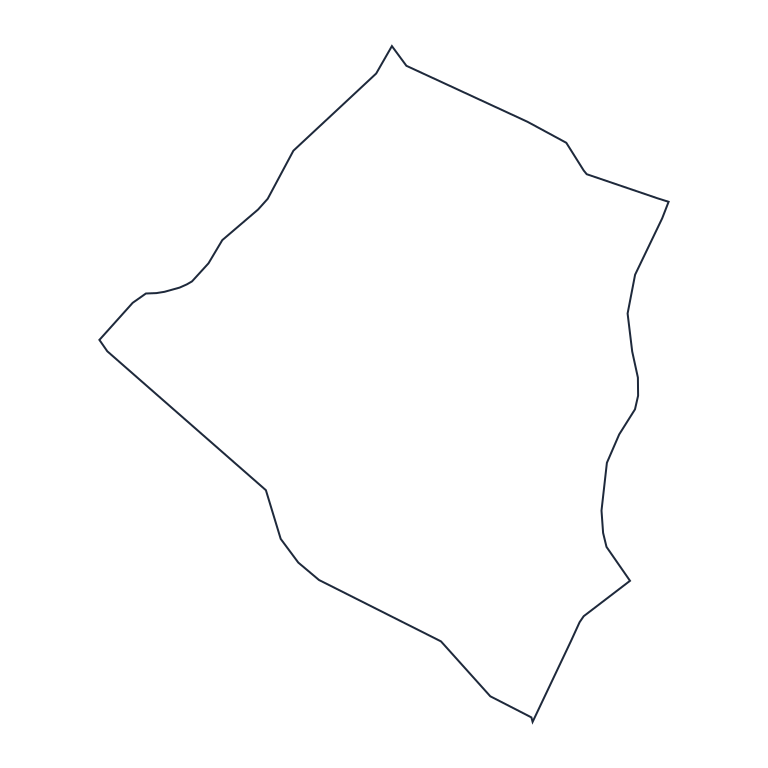 map outline of Carazo (Natural Earth projection)
{"feature_id": "NIC-654", "entity_name": "Carazo", "entity_type": "Department", "adm_level": 1, "iso_a3": "NIC", "parent_name": "Nicaragua", "parent_adm1": "", "projection": "natural_earth1", "projection_center": [-86.252, 11.738], "detail": "fine", "context": "isolated", "style": "outline", "palette": "slate", "viewbox_px": 768, "rotation_deg": 0, "n_neighbors": 0, "source": "natural_earth", "source_scale": "10m", "svg_char_len": 722}
<svg xmlns="http://www.w3.org/2000/svg" viewBox="0 0 768 768"><path d="M532.6,721.9L531.4,717.4L490.3,696.3L441.0,641.4L319.0,580.0L298.3,562.6L280.7,538.9L265.9,490.2L107.3,351.3L99.4,339.9L99.5,339.8L132.7,302.8L145.9,293.5L156.4,293.1L164.5,291.8L179.6,287.6L186.8,284.4L192.0,281.4L208.5,263.3L222.3,240.1L258.1,209.5L267.7,198.8L293.4,150.7L376.2,73.5L391.9,46.1L406.4,65.8L527.5,121.8L566.3,142.8L583.7,170.5L586.7,174.2L657.2,198.2L668.6,201.8L662.2,218.3L635.1,274.7L627.6,313.5L632.2,351.5L637.9,377.6L638.1,395.7L635.0,409.3L619.2,434.4L606.9,462.8L601.5,510.6L603.1,532.9L606.5,546.9L630.0,580.8L583.7,616.2L579.6,622.2L571.0,641.0L532.7,721.7L532.6,721.9Z" fill="none" stroke="#1e293b" stroke-width="2"/></svg>